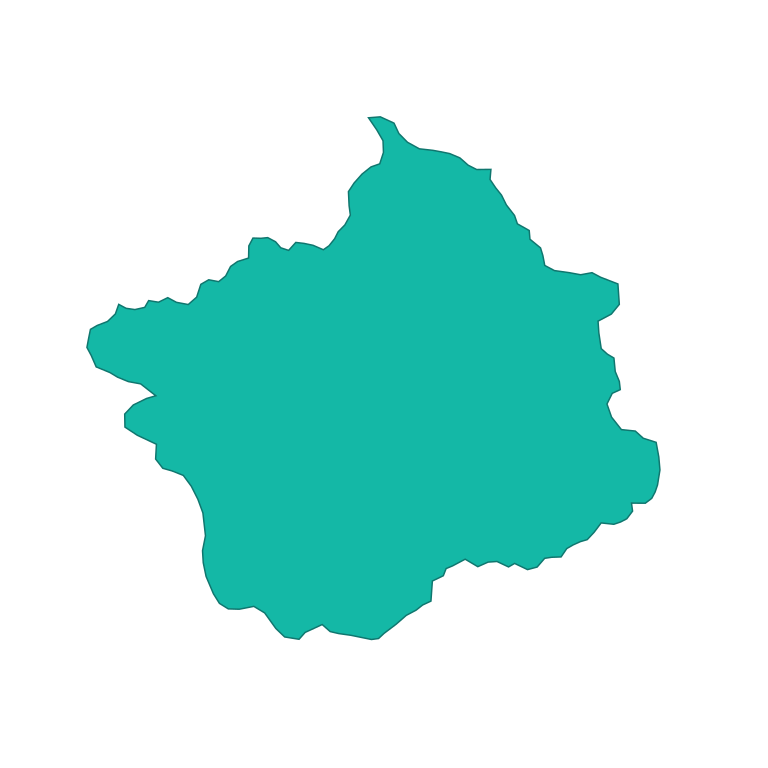 the district of Tejupá, São Paulo, Brazil, rotated 150°
{"feature_id": "56859067B53062032582919", "entity_name": "Tejupá", "entity_type": "district", "adm_level": 2, "iso_a3": "BRA", "parent_name": "Brazil", "parent_adm1": "São Paulo", "projection": "natural_earth1", "projection_center": [-49.31, -23.348], "detail": "fine", "context": "isolated", "style": "filled", "palette": "teal", "viewbox_px": 768, "rotation_deg": 150, "n_neighbors": 0, "source": "geoboundaries", "source_scale": "gbopen_adm2", "svg_char_len": 2271}
<svg xmlns="http://www.w3.org/2000/svg" viewBox="0 0 768 768"><g transform="rotate(150 384 384)"><path d="M184.1,516.4L196.5,523.4L201.7,531.4L205.2,541.8L211.9,550.7L218.2,556.3L224.8,561.9L235.8,570.0L242.8,581.6L245.9,593.5L244.9,604.9L253.6,617.2L264.3,622.3L263.2,607.8L263.2,595.2L268.7,584.8L277.6,576.8L286.7,578.5L298.0,576.8L309.4,573.0L318.6,568.4L325.1,555.8L328.7,547.1L338.4,541.3L347.5,538.8L354.1,534.5L362.5,531.2L369.4,530.6L376.1,539.6L382.9,545.7L389.6,550.7L399.8,547.4L405.3,553.6L406.8,561.4L411.5,568.9L417.7,571.7L424.5,575.9L432.0,571.2L438.3,560.8L449.6,563.3L458.1,562.5L467.1,556.7L476.0,555.3L483.7,561.9L492.8,561.9L502.8,552.9L513.8,550.7L522.9,558.5L528.1,566.9L538.4,567.6L546.1,573.9L552.9,570.0L562.5,573.0L569.5,578.5L573.9,585.6L581.6,579.0L592.2,576.4L603.1,578.1L610.9,578.1L617.0,571.2L623.0,564.2L623.3,555.0L624.7,542.7L615.6,530.9L611.3,523.1L604.2,513.9L594.7,505.8L587.5,487.9L596.9,490.2L611.6,491.2L623.6,487.6L629.9,476.2L623.3,463.0L611.2,445.6L619.3,433.2L617.7,421.6L611.2,414.9L603.5,405.2L602.0,391.8L602.8,377.3L605.3,362.9L614.5,341.8L624.5,330.4L629.9,319.6L634.3,306.3L636.6,287.6L636.2,276.3L631.3,267.1L621.9,261.3L607.9,256.5L601.8,245.4L599.9,226.3L596.5,214.6L585.2,205.4L576.5,208.3L557.8,206.6L554.4,196.5L548.0,190.5L538.4,183.0L522.6,169.0L516.0,166.3L508.7,168.0L493.6,169.9L480.4,172.5L469.2,172.1L461.0,173.3L451.9,172.5L446.3,180.8L440.6,189.2L428.5,188.3L422.5,193.1L415.6,192.2L401.3,191.7L394.1,178.9L382.9,177.7L374.9,173.8L367.6,163.3L360.6,163.3L352.5,151.5L342.9,148.9L332.0,152.7L325.4,150.1L317.1,145.7L308.0,150.1L300.8,150.1L292.8,149.3L285.8,147.6L276.0,150.6L265.4,155.1L255.1,147.6L248.1,146.2L241.1,145.9L232.3,149.6L229.2,157.1L217.3,150.1L209.3,151.1L203.2,154.9L197.6,159.8L188.0,171.6L182.5,183.4L177.5,197.4L186.6,207.4L189.9,217.6L201.2,225.8L203.5,241.5L200.9,255.2L191.0,261.8L182.2,261.0L178.9,268.6L177.5,279.2L171.9,291.5L175.6,298.1L178.2,306.0L172.4,320.8L167.2,331.4L152.1,330.9L140.4,335.3L131.4,353.7L143.0,368.1L148.2,376.4L159.1,380.3L167.9,387.8L179.7,397.0L185.5,406.3L182.2,415.8L180.4,423.6L185.2,436.4L181.5,444.3L188.4,456.0L186.7,464.7L188.5,477.9L187.8,488.8L189.2,498.0L189.9,508.1L184.1,516.4Z" fill="#14b8a6" stroke="#0f766e" stroke-width="1.5"/></g></svg>